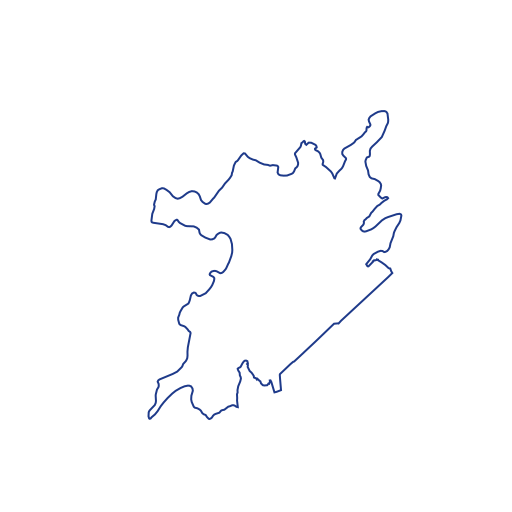 the district of Mosman, New South Wales, Australia, rotated 218°
{"feature_id": "25037944B9039648932577", "entity_name": "Mosman", "entity_type": "district", "adm_level": 2, "iso_a3": "AUS", "parent_name": "Australia", "parent_adm1": "New South Wales", "projection": "equal_earth", "projection_center": [151.246, -33.828], "detail": "fine", "context": "isolated", "style": "outline", "palette": "blue", "viewbox_px": 512, "rotation_deg": 218, "n_neighbors": 0, "source": "geoboundaries", "source_scale": "gbopen_adm2", "svg_char_len": 6130}
<svg xmlns="http://www.w3.org/2000/svg" viewBox="0 0 512 512"><g transform="rotate(218 256 256)"><path d="M153.7,165.7L161.4,174.0L164.1,177.0L164.4,177.8L162.3,192.0L161.6,195.4L161.0,196.3L160.3,200.6L156.5,225.0L152.8,250.7L150.0,253.3L149.4,253.6L149.1,257.5L138.9,320.5L138.1,326.5L140.0,327.2L142.5,328.8L143.2,328.3L144.3,328.1L148.5,328.5L153.2,328.3L157.3,327.8L157.6,328.2L158.7,327.7L158.5,327.2L160.2,324.9L160.4,325.0L160.7,323.7L160.3,323.4L161.0,317.1L161.4,316.7L162.0,316.6L164.1,317.4L164.0,323.7L164.7,328.0L164.5,330.0L162.6,334.4L161.0,336.8L159.4,337.8L157.4,338.0L156.5,339.0L155.7,340.8L155.6,342.9L156.0,345.2L157.9,348.9L160.0,356.1L161.5,359.0L162.0,360.5L163.0,365.2L163.4,370.2L164.1,373.0L166.3,377.3L167.2,378.0L168.8,377.7L170.9,375.5L175.9,368.0L177.4,365.4L178.7,361.6L180.0,352.8L180.7,350.2L181.6,347.9L184.4,343.3L185.4,342.1L186.8,341.4L188.5,341.3L190.4,341.8L190.9,342.6L191.0,343.5L190.7,346.6L190.8,347.3L191.3,348.5L192.3,349.5L192.6,351.1L192.2,352.4L192.1,354.1L191.1,356.9L191.8,361.0L191.5,362.7L191.5,366.3L191.2,370.1L190.1,372.7L189.8,375.1L188.9,378.6L187.7,381.3L187.5,382.9L188.6,383.2L189.8,382.6L190.6,381.6L191.8,379.1L192.1,379.0L193.7,378.9L197.2,379.4L197.8,380.2L198.4,383.9L199.3,386.0L200.8,388.6L202.0,389.6L204.0,390.3L205.9,390.3L209.8,389.7L212.8,388.3L215.0,388.3L217.6,389.7L220.4,392.4L224.6,394.8L227.9,397.7L228.6,399.0L229.3,401.8L229.0,402.5L228.1,403.6L228.0,404.9L228.9,406.4L231.0,408.9L231.9,411.2L231.8,413.8L230.8,420.0L230.1,427.2L231.7,433.7L233.3,438.6L233.9,441.8L234.5,443.1L235.7,444.8L240.1,449.2L241.9,449.8L242.9,449.7L244.1,449.2L246.3,447.4L248.5,444.7L249.8,442.0L251.7,436.6L251.7,434.5L251.2,432.8L249.8,431.6L246.9,430.1L246.4,429.5L246.2,428.3L246.5,426.9L246.8,426.4L247.9,426.2L247.9,425.7L247.5,424.7L246.3,423.0L246.0,422.0L246.3,420.6L246.3,417.8L246.5,415.2L248.7,409.0L248.5,406.3L248.7,405.1L249.7,401.8L252.5,395.1L252.7,393.3L252.1,391.1L250.8,389.5L249.1,388.9L245.5,388.5L245.0,388.2L244.5,387.5L244.2,385.5L242.7,380.5L242.4,378.6L242.4,377.2L242.8,374.8L243.1,370.7L241.5,365.7L242.1,365.5L246.7,368.0L249.0,368.7L255.6,369.2L259.5,368.9L260.1,369.4L260.7,371.0L261.2,371.9L262.2,372.9L265.1,373.7L268.1,375.9L269.5,376.5L271.5,376.7L274.4,376.1L275.3,376.5L275.6,377.0L275.0,378.7L275.1,379.1L276.5,380.0L277.6,380.2L282.1,379.3L283.6,378.3L284.3,377.7L284.8,374.6L286.3,374.7L288.0,376.3L288.9,376.3L289.2,375.7L289.3,374.2L289.7,372.9L288.5,370.6L288.1,369.2L288.5,360.9L287.8,360.0L285.0,358.6L280.2,355.4L279.2,354.0L278.6,352.3L278.6,351.0L279.0,349.2L278.1,346.1L278.0,344.0L278.5,342.7L281.1,338.5L283.6,336.4L286.3,334.7L287.5,334.3L288.8,334.3L290.4,335.1L293.2,339.8L294.1,340.2L295.2,340.1L298.7,338.0L300.5,335.8L302.7,335.1L306.0,333.1L310.6,331.8L315.1,331.3L317.7,330.1L321.2,329.2L323.5,329.1L327.8,330.0L329.0,329.3L329.5,326.1L329.2,320.3L329.3,319.2L329.9,317.7L329.7,316.4L329.1,313.7L326.4,308.2L326.1,306.8L324.9,304.6L324.6,301.7L324.6,299.2L325.1,294.0L324.8,289.0L325.4,284.6L324.9,276.2L325.1,275.0L325.3,269.7L326.0,267.8L327.0,266.5L328.0,265.9L331.3,265.7L333.7,266.2L337.0,268.4L339.2,269.4L341.8,269.6L344.2,269.0L346.5,267.6L348.1,265.3L349.1,262.8L350.4,257.5L351.6,254.7L353.0,252.9L355.1,252.1L358.3,251.9L363.3,253.1L367.3,253.0L370.1,252.6L371.8,251.6L373.3,249.0L373.9,247.3L373.5,245.2L372.7,243.5L369.8,238.8L369.3,236.6L368.1,234.0L367.8,233.5L366.6,232.9L366.1,232.0L365.2,230.3L363.7,225.4L360.2,219.5L359.4,218.7L358.8,218.5L357.5,218.9L348.9,223.8L346.2,224.7L343.2,224.8L342.1,225.4L341.6,226.3L341.3,228.0L341.8,233.3L341.4,234.6L340.7,235.9L340.0,236.0L337.8,235.3L336.2,235.2L330.4,236.2L328.8,237.0L323.3,241.0L320.2,241.8L317.2,241.7L314.7,239.5L313.3,238.9L311.9,238.7L307.3,239.3L302.3,240.8L300.8,242.1L299.7,244.1L299.6,245.6L300.0,248.2L299.7,249.7L298.9,251.8L297.9,253.1L295.0,254.6L291.3,255.2L289.0,254.7L286.6,253.8L282.3,250.6L278.4,246.2L276.9,244.0L275.4,240.7L273.2,233.9L273.2,233.2L272.0,228.3L271.8,226.8L272.0,223.2L272.6,221.5L273.6,220.4L277.7,219.7L279.2,219.0L280.2,218.1L281.4,216.4L281.6,215.0L281.5,213.7L281.2,213.0L280.5,212.6L276.7,213.3L275.3,212.9L274.7,212.2L273.7,210.3L272.6,206.2L272.3,203.8L272.3,200.9L272.7,195.7L275.3,190.2L276.3,189.3L277.7,188.8L278.8,188.8L280.5,189.6L281.5,189.5L282.5,188.9L283.3,187.1L283.0,184.8L281.0,180.5L280.3,178.4L280.0,176.9L281.9,171.7L282.1,170.4L281.6,166.6L281.2,164.5L280.3,162.5L279.4,159.5L278.0,157.8L275.1,155.6L274.3,155.2L272.8,155.2L269.5,156.4L268.0,156.6L264.7,156.1L262.9,155.5L261.1,155.6L260.1,155.0L253.5,142.1L251.1,138.4L248.6,135.3L247.3,133.2L246.9,131.8L246.6,129.9L246.9,126.1L246.2,123.8L246.1,122.7L246.9,116.4L249.0,111.8L256.0,99.4L256.4,98.0L256.3,97.1L256.1,96.4L254.0,95.3L252.6,93.7L252.1,92.5L251.8,89.8L249.8,85.3L249.1,84.2L245.6,80.2L244.6,78.5L244.0,76.2L244.7,69.1L244.6,67.6L244.2,66.6L242.0,63.5L240.2,62.2L239.5,62.3L239.0,63.1L239.0,64.6L238.1,68.9L238.0,73.1L238.6,79.0L238.6,83.8L238.2,89.8L237.3,96.1L236.3,100.3L234.2,105.5L232.1,109.3L229.9,111.9L228.8,112.7L226.9,113.3L224.5,112.5L222.8,110.9L220.9,106.1L218.8,103.1L216.8,101.4L212.2,98.9L210.9,98.8L208.4,99.9L206.0,100.3L204.3,100.2L201.5,99.1L199.7,99.1L197.8,99.7L195.4,98.9L193.0,98.6L192.3,98.9L191.6,100.2L191.3,101.4L191.5,103.7L191.3,105.3L190.6,106.7L188.4,110.0L188.3,112.6L187.8,113.6L186.3,115.4L185.1,120.2L184.1,121.5L182.9,123.7L182.1,124.4L180.8,125.0L178.6,125.1L177.3,125.7L182.0,130.5L183.4,132.5L185.9,135.4L186.4,137.0L188.0,138.9L189.8,142.4L191.2,147.4L192.4,150.1L193.6,151.2L195.1,151.9L197.1,154.0L199.4,154.8L201.0,155.8L200.9,156.8L200.0,158.6L199.9,159.3L200.6,163.1L200.7,165.4L200.3,166.7L199.4,167.5L198.1,167.8L196.3,166.4L196.5,165.4L195.9,165.3L195.8,165.5L195.3,165.2L194.3,163.5L190.2,161.5L187.6,161.3L185.2,160.6L183.9,160.1L182.9,159.1L182.4,159.0L181.0,159.7L179.3,159.2L179.3,160.1L176.4,159.8L175.4,159.9L173.6,158.7L171.1,158.4L169.7,159.1L167.6,161.1L167.6,163.1L167.2,163.3L167.4,163.5L167.2,163.7L167.3,164.8L167.6,165.5L168.5,166.4L168.0,166.9L166.4,166.2L157.5,159.9L156.1,161.7L153.7,165.7Z" fill="none" stroke="#1e3a8a" stroke-width="2"/></g></svg>